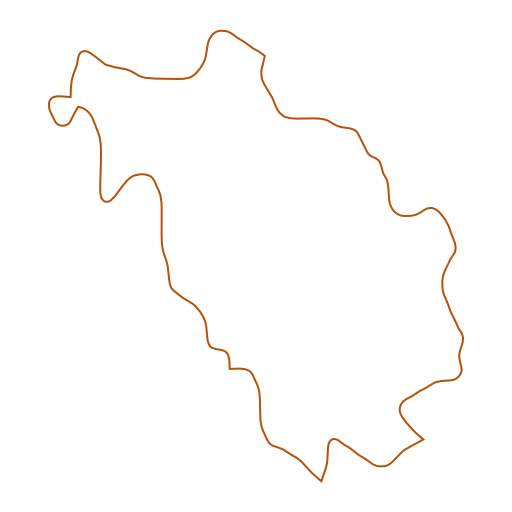 the district of San Gregorio de Yaguate, San Cristóbal, Dominican Republic
{"feature_id": "3306468B54711183761237", "entity_name": "San Gregorio de Yaguate", "entity_type": "district", "adm_level": 2, "iso_a3": "DOM", "parent_name": "Dominican Republic", "parent_adm1": "San Cristóbal", "projection": "equal_earth", "projection_center": [-70.195, 18.34], "detail": "fine", "context": "isolated", "style": "outline", "palette": "amber", "viewbox_px": 512, "rotation_deg": 0, "n_neighbors": 0, "source": "geoboundaries", "source_scale": "gbopen_adm2", "svg_char_len": 3546}
<svg xmlns="http://www.w3.org/2000/svg" viewBox="0 0 512 512"><path d="M229.7,368.9L239.9,368.6L245.5,369.3L249.0,370.7L250.5,371.9L252.7,374.9L257.4,385.2L258.7,389.1L259.2,391.5L259.9,398.9L260.4,419.1L261.0,424.0L261.5,426.4L262.8,430.3L266.8,439.0L268.6,442.2L269.8,443.6L272.5,445.6L280.4,448.3L283.5,449.7L290.9,454.5L297.3,458.2L302.1,462.3L312.2,473.3L321.4,481.3L325.5,469.1L326.6,465.3L327.3,460.8L328.0,447.9L328.6,444.0L329.3,442.3L330.3,440.8L331.7,439.7L333.2,439.1L334.7,439.0L337.7,439.9L344.2,444.7L350.5,448.5L359.1,455.2L365.5,459.0L372.7,464.2L376.0,465.7L377.7,466.1L381.3,466.4L384.9,466.1L386.7,465.6L390.1,463.8L393.1,461.2L401.7,452.2L404.8,449.7L423.4,439.4L416.9,433.9L412.4,429.5L405.5,421.6L402.0,416.7L400.3,413.2L399.8,411.3L399.7,409.1L399.9,407.1L401.4,403.8L403.6,401.1L406.3,399.1L412.3,396.0L419.6,391.1L426.2,387.8L432.1,384.1L435.2,382.4L440.5,381.1L451.2,380.3L454.6,379.5L456.1,378.7L457.5,377.7L459.8,375.1L461.3,371.9L461.6,370.1L461.3,366.6L459.6,360.1L459.2,356.2L459.6,352.2L462.8,341.8L463.0,338.0L462.7,336.1L461.6,333.0L458.3,327.9L456.1,322.7L450.8,312.1L447.9,304.0L444.0,294.7L443.3,292.6L442.5,288.2L442.3,281.2L442.9,276.7L443.5,274.5L444.9,270.7L450.6,258.9L454.8,252.6L455.6,249.0L455.6,247.1L455.0,243.2L451.5,234.3L448.7,226.2L445.5,220.2L443.0,216.6L440.3,213.3L437.3,210.5L435.7,209.4L432.2,208.0L430.5,207.9L427.1,208.5L424.2,210.0L420.0,212.8L416.9,214.4L413.4,215.4L409.8,215.9L404.3,216.0L400.7,215.5L397.2,214.0L394.3,211.6L392.0,208.5L390.2,204.8L389.2,200.4L388.3,187.1L387.3,181.2L386.7,179.4L383.6,174.0L382.9,172.5L381.1,165.5L379.8,162.1L378.8,160.7L377.7,159.6L375.1,158.0L371.0,156.1L368.6,154.2L366.7,151.2L358.5,134.5L356.5,131.5L355.1,130.4L353.7,129.6L350.5,128.5L341.9,127.2L338.4,126.3L335.2,124.9L327.7,120.5L324.0,119.3L320.2,118.7L314.4,118.4L296.7,118.6L290.9,118.3L285.3,117.0L283.6,116.1L280.7,113.8L279.4,112.5L277.2,109.3L275.5,105.6L272.3,97.8L264.5,84.8L262.6,80.8L261.9,78.7L261.3,74.2L261.5,69.8L264.8,56.0L259.5,52.0L253.1,48.4L244.4,42.0L238.0,38.2L230.9,33.1L227.6,31.5L225.8,31.1L220.5,30.7L217.0,31.5L215.3,32.3L212.5,34.6L210.2,37.7L208.5,41.3L207.9,43.4L205.8,56.3L205.3,58.5L203.6,62.6L200.2,68.3L196.1,73.2L193.0,75.8L189.4,77.7L183.6,78.8L177.6,79.0L155.1,78.6L145.1,77.8L139.5,76.1L132.0,71.7L128.7,70.2L125.1,69.1L113.8,67.0L105.3,64.5L94.9,56.3L90.0,52.8L87.5,51.6L84.6,51.0L81.6,51.9L80.2,53.0L79.1,54.7L77.9,58.7L76.9,65.0L73.1,75.2L71.7,80.7L70.9,87.6L70.6,97.1L62.5,96.4L56.9,96.3L53.5,97.1L51.9,97.9L50.5,99.4L49.5,101.3L49.0,103.3L49.1,107.5L49.5,109.3L50.8,112.7L55.5,122.1L56.7,123.5L58.2,124.6L61.3,125.7L64.5,125.6L67.6,124.4L69.0,123.3L70.1,121.9L74.2,113.6L78.2,106.8L81.5,107.7L84.7,109.1L87.6,111.3L90.1,114.1L92.1,117.4L93.0,119.3L98.2,132.6L99.5,136.6L100.7,144.0L101.0,151.6L100.9,162.1L100.2,185.2L100.3,192.2L100.9,196.3L101.6,198.3L102.8,200.0L104.3,201.2L105.8,201.7L107.5,201.8L109.0,201.4L110.6,200.5L114.7,196.5L122.6,185.9L126.9,180.7L130.1,177.8L133.7,175.7L139.5,174.4L143.4,174.3L147.1,174.9L150.6,176.3L152.1,177.6L154.3,180.7L158.9,191.1L160.3,195.0L160.8,197.4L161.4,202.5L161.7,207.6L161.6,233.9L161.8,241.7L162.3,246.7L163.2,251.6L166.5,261.3L167.6,265.6L169.2,279.9L170.0,284.4L170.6,286.4L171.6,288.3L173.9,290.9L183.3,298.2L192.8,303.8L195.9,306.6L200.0,311.6L203.5,317.2L205.2,321.5L206.2,326.3L207.6,340.2L208.8,344.2L209.9,345.9L211.2,347.2L212.7,348.0L215.9,349.0L222.5,350.2L225.6,351.7L226.9,353.0L227.9,354.6L229.1,358.3L229.5,362.4L229.7,368.9Z" fill="none" stroke="#b45309" stroke-width="2"/></svg>